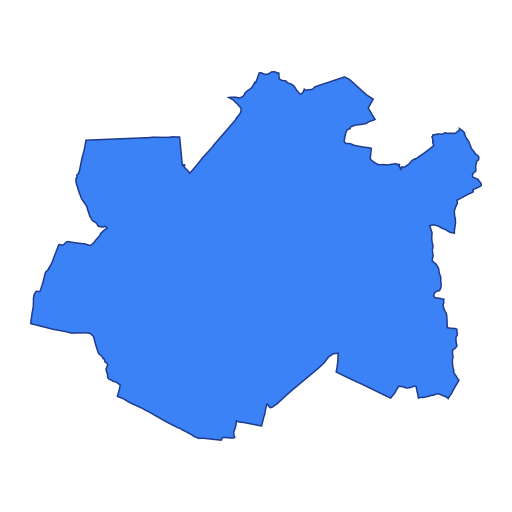 the district of Dorobantu, Tulcea, Romania
{"feature_id": "2599482B37280829383537", "entity_name": "Dorobantu", "entity_type": "district", "adm_level": 2, "iso_a3": "ROU", "parent_name": "Romania", "parent_adm1": "Tulcea", "projection": "albers", "projection_center": [28.322, 44.951], "detail": "fine", "context": "isolated", "style": "filled", "palette": "blue", "viewbox_px": 512, "rotation_deg": 0, "n_neighbors": 0, "source": "geoboundaries", "source_scale": "gbopen_adm2", "svg_char_len": 5970}
<svg xmlns="http://www.w3.org/2000/svg" viewBox="0 0 512 512"><path d="M78.7,172.8L78.4,173.7L77.1,174.7L76.7,175.4L77.0,176.8L75.9,178.9L76.2,180.4L75.9,181.6L76.8,185.2L77.4,186.7L78.7,191.3L80.7,196.4L81.0,197.5L81.9,199.3L86.5,205.9L89.8,216.3L91.3,218.4L91.4,219.1L91.9,219.9L93.6,221.4L95.2,222.2L96.4,223.2L98.5,226.4L99.5,226.3L101.1,226.9L102.8,227.1L105.5,226.4L106.8,227.7L106.9,228.4L104.4,229.9L100.8,233.3L99.4,236.1L95.7,240.1L94.1,242.5L90.8,245.3L90.0,245.5L85.4,244.0L75.3,242.8L67.5,241.5L66.7,241.9L64.0,244.3L62.5,245.2L61.7,245.1L59.7,244.4L58.8,244.8L54.4,256.0L52.2,262.2L51.6,263.1L51.2,264.3L50.3,265.6L49.7,266.9L48.5,268.5L48.4,268.8L48.8,269.0L48.7,269.1L45.6,272.1L44.5,276.0L42.9,282.6L40.2,291.0L39.6,291.5L39.3,291.6L36.6,291.2L36.0,291.5L34.1,294.5L33.4,298.8L33.5,300.3L33.3,304.5L33.4,305.8L32.0,313.6L30.7,323.6L53.2,329.3L65.7,331.6L71.3,333.1L85.3,332.8L90.1,333.3L93.1,336.0L93.7,337.0L95.5,344.2L98.4,353.2L102.3,356.7L103.0,358.6L104.1,358.7L105.1,362.1L106.3,362.7L107.2,363.6L107.8,364.9L107.5,365.2L106.0,369.3L106.7,372.0L107.5,374.1L107.6,377.0L107.8,377.6L108.2,378.3L109.3,379.3L111.4,380.1L113.0,381.2L116.2,382.1L120.2,385.0L119.6,388.4L117.4,396.4L123.1,398.6L129.9,402.7L143.3,408.8L144.9,409.9L148.2,411.5L166.8,422.1L177.2,427.4L180.9,428.8L182.5,430.1L183.9,430.6L191.6,434.7L193.3,435.8L193.4,436.1L198.7,438.4L202.9,438.2L221.2,440.2L222.0,438.3L222.3,437.9L223.0,437.5L225.2,437.5L232.4,438.1L234.7,437.5L234.6,436.7L233.9,435.2L233.8,434.5L233.8,431.7L235.3,427.8L236.1,424.2L236.4,420.9L239.0,422.0L244.3,422.6L261.5,426.0L264.1,416.0L264.7,414.6L264.9,412.6L266.8,404.1L266.6,403.7L267.6,404.4L269.4,407.0L269.9,407.5L270.7,407.7L272.9,406.8L275.1,405.0L277.0,403.9L287.6,394.0L289.4,392.7L289.9,392.0L318.3,368.3L322.0,364.9L324.6,362.3L328.5,357.0L333.4,353.7L338.2,353.3L338.0,355.3L338.2,355.9L338.0,357.0L337.9,360.7L336.9,368.5L336.2,371.3L336.3,372.0L347.8,377.7L362.1,384.3L386.2,396.0L390.6,398.1L394.7,393.1L398.6,386.3L402.3,386.6L406.2,388.0L410.1,387.6L412.1,387.0L414.5,385.9L415.2,386.0L416.1,386.7L418.5,398.1L419.9,397.5L423.5,397.4L428.8,396.3L431.5,395.3L433.2,395.3L436.8,393.9L438.5,393.8L445.9,396.8L446.0,396.6L448.2,398.6L449.9,395.4L451.4,393.7L453.1,390.2L459.0,380.2L457.2,378.2L456.3,376.3L453.9,373.0L453.6,371.6L453.8,370.4L453.1,368.0L452.5,364.4L452.4,359.7L452.8,358.6L453.1,356.1L452.5,354.7L452.6,350.3L453.1,349.7L455.1,348.3L456.6,346.5L456.9,345.7L456.9,344.9L456.3,343.5L456.3,342.3L456.0,341.0L455.9,337.8L456.4,336.3L457.0,335.6L457.3,334.5L457.3,333.7L456.9,330.6L457.0,329.3L455.0,328.5L451.3,328.3L447.3,327.7L446.9,317.5L446.6,314.6L446.2,313.1L445.1,311.5L443.7,308.0L443.2,305.6L443.1,304.3L443.8,302.9L443.6,300.6L443.9,299.3L438.0,298.0L435.5,297.9L434.8,297.5L434.4,296.9L433.9,295.5L434.0,294.1L435.4,292.1L437.0,291.2L439.3,290.7L439.7,290.2L440.8,287.9L441.1,286.6L441.1,283.2L440.7,281.1L440.8,277.3L439.3,273.1L439.0,271.7L438.9,269.9L438.4,268.1L436.7,265.0L435.9,264.0L433.0,261.6L432.2,260.2L432.2,259.7L433.2,255.7L432.8,253.8L432.4,250.5L432.4,249.6L432.8,247.7L433.0,246.2L432.8,244.6L432.2,242.9L431.7,238.0L431.9,234.8L432.1,233.0L430.0,226.6L429.5,225.9L429.7,225.7L433.3,224.9L436.1,225.4L438.5,226.2L442.3,228.4L445.4,229.5L449.0,231.8L451.1,232.6L454.4,233.2L454.4,230.5L455.5,223.3L455.3,218.2L454.7,216.6L454.3,211.3L454.6,210.0L455.8,206.6L457.3,203.5L457.2,201.9L456.9,200.3L467.3,194.7L473.3,191.8L472.8,190.4L473.1,189.7L480.3,186.3L481.2,185.5L481.3,184.5L480.8,183.0L478.9,180.8L478.3,179.6L477.7,179.2L473.0,177.2L472.4,176.3L472.6,174.7L473.0,173.7L473.8,172.7L475.8,171.0L475.9,169.8L475.6,166.6L476.6,161.6L477.1,160.8L478.4,160.0L478.8,158.8L478.8,157.2L478.3,156.2L477.0,155.0L475.2,153.8L474.7,152.5L471.5,148.7L468.9,141.8L465.5,136.6L465.1,135.2L464.5,134.5L464.5,133.9L464.7,133.4L464.4,132.7L462.7,131.0L459.5,128.5L459.6,129.8L455.3,133.3L446.8,133.3L445.0,132.7L443.2,133.9L442.1,134.3L442.0,134.1L440.8,134.2L437.9,133.9L437.3,134.3L433.1,134.8L432.8,135.2L432.5,136.4L431.9,137.0L432.9,139.2L432.7,141.1L433.3,141.5L432.9,141.9L432.8,142.6L433.0,143.5L433.4,144.3L433.4,145.2L433.8,145.7L423.3,153.7L418.3,157.0L417.3,158.1L415.5,158.8L415.2,159.2L414.5,159.0L413.4,159.5L410.8,161.7L410.0,162.9L408.9,164.1L403.7,167.6L402.3,166.7L401.8,166.9L401.4,167.2L400.9,169.6L400.5,169.3L400.2,167.7L398.9,165.9L399.2,165.6L399.6,164.6L399.2,164.3L397.6,164.7L396.9,163.9L395.4,163.8L390.3,164.4L388.3,165.0L382.5,164.5L381.2,164.9L377.9,164.5L373.8,162.1L371.9,160.7L370.2,158.8L371.3,148.3L368.0,147.6L363.6,147.1L353.9,145.3L353.4,145.1L353.1,144.6L351.7,144.4L350.7,143.7L345.4,143.4L344.7,142.0L344.1,141.3L345.2,135.3L346.2,131.8L346.8,130.4L348.1,129.2L350.0,128.8L350.4,127.3L351.2,126.6L355.4,125.1L361.6,124.4L366.2,123.5L368.9,121.7L374.2,119.9L375.1,119.4L371.8,114.3L370.9,112.4L368.2,108.0L373.2,99.1L366.7,95.0L349.4,79.4L344.6,76.9L316.1,86.4L314.1,87.5L313.2,88.8L312.2,89.4L305.6,90.1L304.7,89.7L304.3,89.2L304.1,90.1L303.5,90.7L303.6,91.5L303.3,91.9L301.6,93.7L300.5,94.1L300.0,94.0L299.2,93.3L296.5,90.0L294.9,87.3L293.2,85.3L292.4,84.8L290.5,83.8L288.3,83.2L287.0,82.2L286.0,81.0L285.7,80.8L281.9,80.5L279.3,78.9L279.1,78.6L278.8,73.0L278.1,72.9L277.3,73.1L275.2,71.8L271.9,71.8L270.7,72.4L268.8,73.8L265.5,74.5L260.8,72.7L259.8,72.7L259.2,72.9L256.9,79.6L255.6,82.8L254.9,82.2L252.4,86.6L251.6,87.6L250.4,88.9L247.9,90.3L246.0,92.0L244.8,93.2L244.2,95.0L243.3,96.1L241.8,97.1L239.4,98.0L235.5,97.2L230.2,97.3L228.7,97.5L232.9,99.7L237.2,103.8L239.2,106.2L240.5,107.5L241.1,108.6L240.8,112.3L238.4,115.7L236.5,117.9L235.1,120.4L214.1,144.6L211.8,147.7L202.6,157.8L196.1,166.0L189.8,173.2L187.8,170.6L186.0,169.0L183.6,166.3L184.7,165.6L184.8,165.3L184.6,164.8L182.3,165.0L179.6,137.0L174.0,136.9L171.0,136.9L170.4,137.1L170.4,137.3L165.7,137.4L152.4,137.2L149.3,137.6L86.0,140.2L84.6,148.1L83.3,153.5L82.0,158.1L79.5,170.4L78.8,172.9L78.7,172.8Z" fill="#3b82f6" stroke="#1e3a8a" stroke-width="1.5"/></svg>